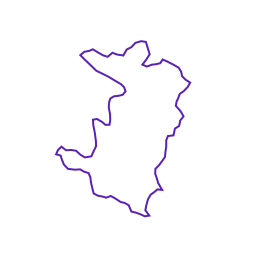 the district of Vespasiano, Minas Gerais, Brazil, rotated 333°
{"feature_id": "56859067B4954483549990", "entity_name": "Vespasiano", "entity_type": "district", "adm_level": 2, "iso_a3": "BRA", "parent_name": "Brazil", "parent_adm1": "Minas Gerais", "projection": "natural_earth1", "projection_center": [-43.949, -19.73], "detail": "fine", "context": "isolated", "style": "outline", "palette": "violet", "viewbox_px": 256, "rotation_deg": 333, "n_neighbors": 0, "source": "geoboundaries", "source_scale": "gbopen_adm2", "svg_char_len": 1575}
<svg xmlns="http://www.w3.org/2000/svg" viewBox="0 0 256 256"><g transform="rotate(333 128 128)"><path d="M130.3,198.7L129.9,190.8L130.9,185.4L131.5,181.0L133.9,176.8L138.4,175.4L143.1,173.1L147.8,170.6L150.5,166.3L153.5,162.1L156.5,156.3L159.9,153.3L165.2,155.2L169.6,149.8L174.5,149.4L178.0,145.0L182.8,142.8L182.4,136.6L180.7,130.0L183.2,126.6L186.4,124.1L189.6,121.1L194.5,120.4L199.9,118.5L204.0,115.8L201.2,111.0L199.7,106.4L200.9,102.0L200.5,97.2L197.0,91.9L193.1,86.5L190.0,82.7L186.1,84.9L181.7,83.8L178.0,82.4L172.7,81.8L169.6,78.1L175.4,75.3L180.8,72.1L183.0,59.4L179.1,56.6L173.3,55.5L167.7,57.5L162.4,57.5L156.8,61.3L151.5,57.5L148.3,53.9L142.2,55.3L138.9,52.1L135.4,46.8L132.4,41.9L128.6,41.7L123.7,40.3L118.6,41.4L120.2,46.5L123.3,55.3L125.8,62.7L129.1,67.0L131.7,70.5L134.2,74.0L137.7,79.6L141.6,85.7L143.0,89.7L142.5,94.2L138.3,96.0L134.2,95.0L129.9,93.4L125.7,93.7L123.0,96.3L120.2,100.9L118.3,107.5L115.8,112.8L113.0,116.7L109.3,114.9L107.7,110.9L104.5,105.9L100.5,104.7L98.3,110.0L96.3,117.0L94.7,121.6L93.3,125.5L91.2,129.8L87.7,132.4L82.5,136.6L76.3,134.7L73.5,130.3L71.4,124.7L67.4,121.8L62.7,119.7L60.2,114.4L55.7,115.8L52.0,118.8L55.5,122.0L54.7,126.2L54.3,131.5L56.0,137.2L61.9,141.1L66.7,143.2L68.7,146.6L72.4,150.3L72.1,154.7L70.1,160.4L68.7,166.2L67.7,170.8L70.6,174.8L73.9,177.3L77.0,180.2L81.7,180.7L84.6,184.9L88.0,190.8L91.0,193.2L93.6,197.3L93.0,203.9L96.3,206.7L99.4,209.9L102.9,214.3L107.2,215.7L106.1,209.2L108.9,205.6L113.2,200.8L117.8,197.7L121.9,197.1L126.4,196.1L130.3,198.7Z" fill="none" stroke="#5b21b6" stroke-width="2"/></g></svg>